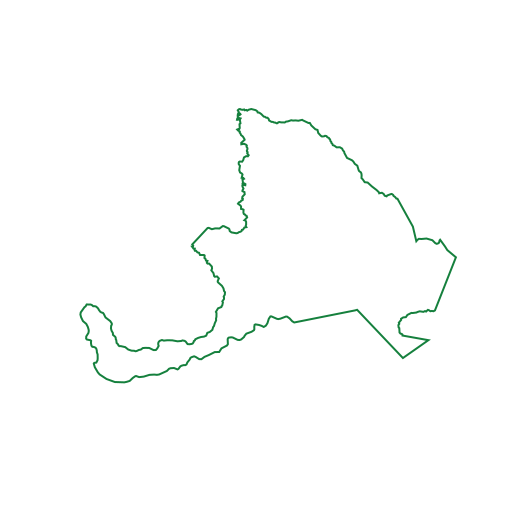 Riachão, Maranhão, Brazil (Mercator projection), rotated 71°
{"feature_id": "56859067B63630891842305", "entity_name": "Riachão", "entity_type": "district", "adm_level": 2, "iso_a3": "BRA", "parent_name": "Brazil", "parent_adm1": "Maranhão", "projection": "mercator", "projection_center": [-46.708, -7.747], "detail": "fine", "context": "isolated", "style": "outline", "palette": "green", "viewbox_px": 512, "rotation_deg": 71, "n_neighbors": 0, "source": "geoboundaries", "source_scale": "gbopen_adm2", "svg_char_len": 6138}
<svg xmlns="http://www.w3.org/2000/svg" viewBox="0 0 512 512"><g transform="rotate(71 256 256)"><path d="M246.7,431.9L248.2,433.6L248.5,434.8L252.3,440.1L254.2,441.1L257.0,441.3L261.2,440.8L264.9,438.6L268.2,438.1L270.8,438.2L272.4,438.5L274.2,439.5L276.8,442.7L278.8,443.5L279.9,443.1L281.8,439.9L282.5,439.5L284.6,440.4L287.2,440.8L288.6,440.3L289.1,439.1L290.4,437.6L291.6,437.2L293.4,437.3L295.3,437.8L297.5,437.8L301.2,439.0L303.0,439.8L304.8,441.7L304.4,443.7L304.9,444.4L308.7,444.6L314.6,443.4L317.1,442.4L323.6,437.4L329.2,430.5L332.6,421.6L332.9,419.1L333.0,416.1L331.2,412.2L330.4,409.5L330.4,408.5L332.4,406.0L332.7,405.0L333.5,401.4L333.7,395.4L335.0,390.8L336.1,388.4L336.5,386.2L335.7,377.7L334.3,374.9L334.3,373.3L335.2,370.0L337.7,367.1L337.5,366.1L335.7,363.4L335.5,362.1L335.6,360.1L336.2,358.2L335.9,357.0L334.3,355.6L332.3,352.4L331.1,351.3L330.7,350.1L330.7,347.2L331.8,345.9L335.0,343.3L335.8,341.2L334.6,337.5L334.3,332.9L333.4,326.2L334.8,322.1L332.1,318.7L331.2,312.6L330.2,311.3L325.5,309.9L324.7,309.3L324.3,308.3L324.8,305.9L325.5,304.5L329.3,300.7L330.1,298.9L330.1,297.2L328.7,293.7L327.7,292.7L326.3,290.4L326.2,284.9L325.5,282.1L324.7,281.4L322.4,280.7L320.6,279.7L320.5,278.7L322.2,275.6L323.9,273.4L325.6,271.8L325.1,269.4L323.3,267.1L319.5,264.3L317.8,262.0L318.1,261.1L322.2,256.7L322.9,255.5L323.2,253.4L323.0,247.4L323.5,246.3L326.0,244.5L329.5,243.0L331.3,241.5L339.7,179.9L339.8,177.9L400.3,150.3L391.7,120.4L378.9,143.4L378.0,143.1L377.1,143.6L376.5,144.6L375.1,145.2L370.8,144.0L370.0,144.4L367.7,143.9L366.8,142.6L365.6,142.7L363.7,139.6L362.6,139.3L362.0,136.8L362.6,134.2L361.0,132.0L360.4,127.6L360.9,126.5L361.7,122.6L361.5,121.7L361.6,119.2L363.3,115.9L363.1,114.1L363.9,113.3L362.9,111.0L363.5,110.2L365.0,109.1L365.2,107.6L366.0,106.2L365.7,104.5L322.3,67.4L312.7,73.2L308.5,74.2L300.6,76.6L301.0,77.3L303.0,78.6L303.4,80.0L303.3,81.2L302.2,82.3L298.5,84.1L295.0,89.1L293.8,94.0L292.8,96.4L293.3,98.1L294.2,99.6L279.3,98.1L247.9,103.6L247.4,104.6L245.6,105.2L243.9,106.4L243.0,106.4L241.9,107.1L241.4,107.8L241.4,108.7L241.5,112.2L242.1,113.1L240.9,114.7L238.9,115.1L237.2,116.4L236.8,119.1L235.9,119.0L232.9,120.5L227.9,123.8L222.9,126.5L221.6,129.2L218.3,130.1L216.7,130.9L213.9,129.8L212.3,129.5L211.1,129.6L209.4,130.8L208.2,131.0L203.6,130.8L201.0,132.6L198.4,133.2L196.7,134.1L192.9,138.0L187.4,138.9L186.0,138.7L184.5,139.4L182.5,139.6L180.5,141.3L179.5,144.4L177.2,146.0L176.2,147.3L174.7,147.3L173.7,147.9L172.6,147.7L171.6,148.2L169.8,148.0L169.2,148.5L168.2,148.6L166.9,149.9L165.6,150.3L164.8,151.6L165.0,152.6L164.5,154.7L163.4,155.6L159.9,157.1L156.8,156.8L155.5,158.6L150.6,161.2L147.7,161.8L147.3,163.1L143.0,167.5L142.3,168.0L141.9,171.9L140.7,174.4L140.0,176.9L139.1,178.5L139.1,182.0L138.7,183.9L139.1,185.3L137.9,188.6L136.9,190.4L136.9,191.5L137.4,192.4L137.3,193.2L136.0,194.5L135.7,195.4L134.7,196.4L134.2,197.7L132.1,199.5L130.6,199.4L129.0,200.1L128.6,201.3L127.3,202.2L126.7,203.3L123.5,204.8L121.6,206.2L120.8,207.7L119.7,207.6L118.0,208.8L115.5,212.6L115.3,215.3L115.7,217.0L114.8,217.5L114.5,219.3L113.6,219.5L113.4,221.1L112.6,222.6L111.8,223.3L111.7,224.5L112.3,225.8L114.4,225.4L115.5,226.5L116.2,224.7L117.0,224.5L117.5,225.8L116.7,227.1L117.6,227.8L118.8,227.7L120.0,229.0L121.0,229.6L121.3,228.8L119.6,227.7L120.9,225.8L121.8,226.9L125.5,227.5L126.0,228.7L129.7,229.7L130.5,230.5L130.2,231.2L130.3,232.6L131.5,232.1L133.0,230.8L134.0,231.3L135.1,230.8L136.7,230.8L138.8,229.5L141.5,228.9L142.4,228.9L144.2,233.1L145.6,233.5L146.0,230.8L147.5,229.2L148.5,228.7L149.6,229.4L150.9,229.0L152.0,229.2L153.5,230.4L154.4,230.5L155.1,230.1L156.2,230.9L158.3,230.1L159.1,231.2L158.4,232.8L158.9,235.3L161.1,236.8L162.3,238.4L161.4,240.6L161.6,241.5L162.4,242.1L163.6,242.4L165.5,241.8L169.4,243.9L171.8,243.9L173.5,242.5L174.5,242.2L177.4,244.1L178.0,242.6L179.1,242.2L179.4,243.9L182.3,244.4L183.2,245.2L184.4,245.1L185.9,246.2L188.2,245.9L189.5,247.4L190.3,247.7L191.8,246.1L194.0,246.6L195.5,249.5L197.0,250.3L197.7,249.8L198.8,250.5L198.8,251.8L199.6,252.9L199.8,254.8L200.7,256.0L203.2,254.3L204.3,254.0L206.6,254.8L207.5,253.3L208.2,252.7L210.9,253.8L212.3,253.8L213.2,252.9L214.3,252.7L214.9,251.8L216.6,251.8L218.4,255.3L219.1,254.4L220.4,254.2L223.1,255.1L224.1,255.9L225.6,255.7L225.3,257.7L226.8,259.6L226.7,260.8L227.6,261.4L228.0,262.6L227.9,264.4L228.3,265.9L228.1,267.2L225.7,271.5L223.9,272.7L222.0,272.5L221.2,272.8L217.3,276.7L216.9,277.7L218.1,281.5L216.6,285.6L216.3,289.0L214.0,291.5L213.8,292.7L224.3,312.5L225.8,312.0L226.5,312.5L226.3,313.4L228.6,312.7L229.1,311.5L230.1,312.1L231.1,312.1L231.5,311.0L233.5,310.2L234.4,308.8L236.8,308.6L238.1,304.9L238.8,304.4L241.1,305.4L242.2,304.7L244.0,304.8L244.8,303.5L246.4,304.7L247.4,304.3L247.9,302.8L251.6,301.2L253.7,301.7L255.0,302.9L258.3,301.8L261.5,302.1L262.2,301.7L262.6,299.5L265.1,298.4L267.0,300.2L267.9,300.6L268.7,300.4L273.2,297.9L276.1,297.3L278.7,297.6L280.2,297.1L282.4,298.1L283.9,299.8L285.0,299.8L286.3,300.3L287.9,302.6L289.1,302.4L291.9,304.1L292.3,305.0L293.0,305.4L293.1,308.9L295.8,312.1L297.0,311.9L300.6,313.2L302.4,314.3L303.8,314.6L306.2,316.9L308.5,318.5L309.3,319.7L311.6,321.3L312.8,324.5L312.8,327.0L315.1,329.0L315.3,331.4L314.7,334.3L314.6,337.5L315.0,340.5L315.9,341.3L316.2,342.5L317.2,343.1L318.1,344.3L318.2,345.4L317.8,347.6L317.0,349.4L314.1,350.3L313.0,351.1L311.9,353.0L312.0,354.4L311.1,358.0L308.5,362.6L306.8,367.2L306.0,370.7L304.8,372.3L304.9,374.7L305.5,375.9L306.5,376.8L308.1,377.3L309.3,377.3L311.3,379.5L312.3,381.3L311.6,383.5L308.2,386.9L306.8,390.6L306.2,393.0L307.0,395.4L306.7,397.3L307.0,399.8L306.8,401.0L305.9,402.1L305.0,404.5L302.8,407.3L299.6,409.3L297.3,413.0L296.7,414.6L295.7,415.2L294.9,415.1L292.8,416.1L290.0,415.5L289.1,415.7L287.7,415.3L286.6,415.4L284.0,416.9L282.2,416.4L279.6,416.9L277.2,416.7L274.7,415.6L274.0,414.7L272.8,414.3L270.1,415.0L265.1,418.3L261.2,418.8L260.0,419.2L259.0,420.6L258.0,421.4L255.5,422.2L254.3,422.3L251.9,423.5L251.0,424.7L250.5,426.3L249.0,427.1L248.1,428.1L246.7,431.9ZM184.4,245.1L183.7,243.3L184.6,242.6L185.6,243.1L184.4,245.1Z" fill="none" stroke="#15803d" stroke-width="2"/></g></svg>